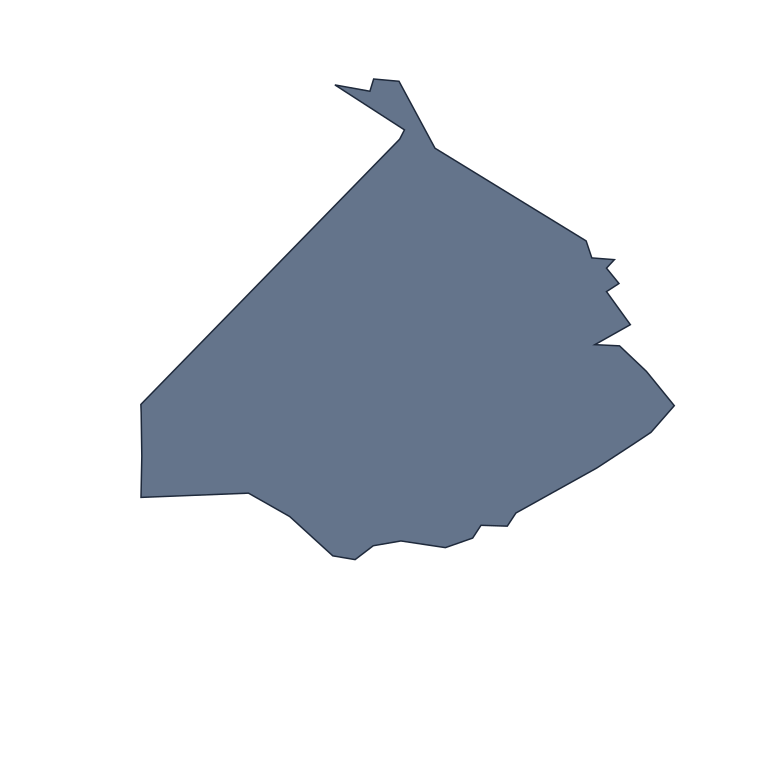 the district of Washington, Tennessee, United States of America, rotated 41°
{"feature_id": "52423323B6874180594173", "entity_name": "Washington", "entity_type": "district", "adm_level": 2, "iso_a3": "USA", "parent_name": "United States of America", "parent_adm1": "Tennessee", "projection": "robinson", "projection_center": [-82.462, 36.272], "detail": "fine", "context": "isolated", "style": "filled", "palette": "slate", "viewbox_px": 768, "rotation_deg": 41, "n_neighbors": 0, "source": "geoboundaries", "source_scale": "gbopen_adm2", "svg_char_len": 614}
<svg xmlns="http://www.w3.org/2000/svg" viewBox="0 0 768 768"><g transform="rotate(41 384 384)"><path d="M617.3,209.9L573.7,202.3L536.7,200.7L517.3,216.0L531.0,177.6L491.3,168.3L495.4,154.0L475.9,150.6L476.3,139.0L458.1,152.5L442.7,143.4L267.8,172.6L196.7,145.7L176.1,160.6L181.3,172.3L150.7,190.5L232.7,178.8L235.2,188.9L213.9,558.9L219.6,565.0L248.6,597.4L275.0,629.0L353.3,555.3L399.8,545.9L458.1,547.3L477.4,535.5L482.0,513.1L499.7,491.4L537.7,467.2L552.0,442.1L549.9,427.0L570.3,410.4L568.2,394.8L599.7,307.8L612.1,264.0L617.2,245.3L617.3,209.9Z" fill="#64748b" stroke="#1e293b" stroke-width="1.5"/></g></svg>